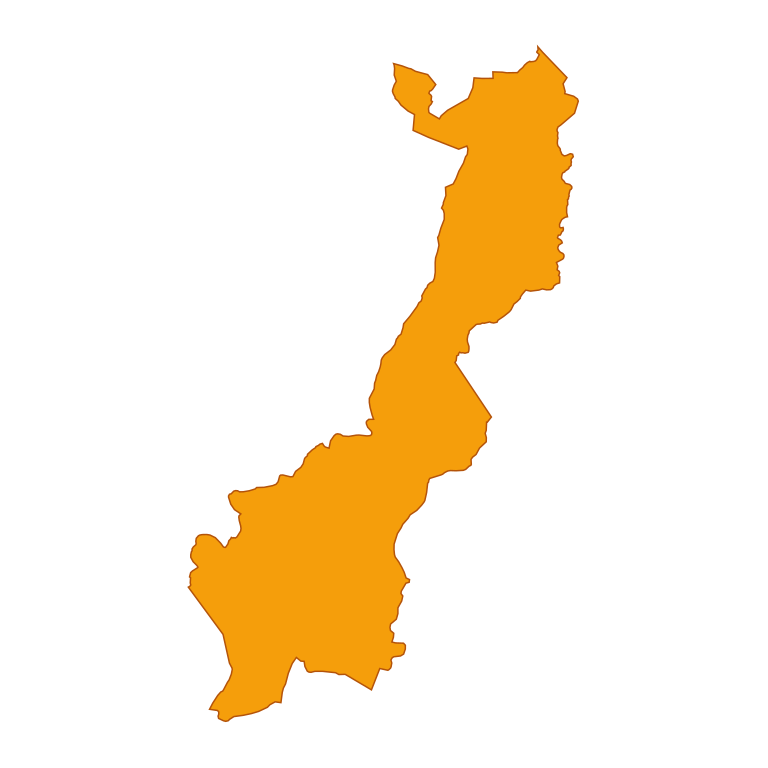 Yaonáhuac, Puebla, Mexico (Mercator projection), rotated 179°
{"feature_id": "50627088B21776838121102", "entity_name": "Yaonáhuac", "entity_type": "district", "adm_level": 2, "iso_a3": "MEX", "parent_name": "Mexico", "parent_adm1": "Puebla", "projection": "mercator", "projection_center": [-97.449, 19.915], "detail": "fine", "context": "isolated", "style": "filled", "palette": "amber", "viewbox_px": 768, "rotation_deg": 179, "n_neighbors": 0, "source": "geoboundaries", "source_scale": "gbopen_adm2", "svg_char_len": 6105}
<svg xmlns="http://www.w3.org/2000/svg" viewBox="0 0 768 768"><g transform="rotate(179 384 384)"><path d="M583.2,184.3L549.3,136.5L543.4,107.6L540.9,102.6L540.7,101.2L541.7,96.6L544.0,90.9L545.7,88.5L549.7,81.2L550.7,79.7L552.6,78.9L555.7,75.5L560.8,67.9L564.1,61.8L556.3,60.5L555.0,59.2L555.0,56.8L555.7,54.8L555.2,52.5L550.4,50.1L548.2,49.5L545.7,50.0L544.1,51.5L539.9,54.1L530.5,55.2L522.3,56.8L515.1,58.8L506.2,62.8L503.7,65.3L498.4,68.1L492.6,67.2L491.1,77.4L489.9,81.7L487.7,85.8L484.7,96.5L480.6,106.2L476.4,112.1L472.0,108.4L468.7,108.1L468.0,102.9L465.7,98.2L464.2,97.3L462.0,97.0L458.2,97.9L450.5,97.8L437.5,96.2L434.2,94.3L427.9,94.4L401.9,78.4L393.2,99.6L385.1,97.7L383.9,98.4L382.3,100.0L381.8,101.3L381.1,104.9L381.9,107.9L380.6,110.1L379.0,111.1L372.2,111.8L369.1,113.6L367.3,118.6L367.2,122.4L369.0,124.5L376.9,124.9L380.6,125.9L379.0,130.6L378.6,134.6L381.8,137.4L382.3,140.5L381.6,143.9L375.8,148.6L374.1,154.2L374.0,160.0L370.1,166.7L368.9,171.7L370.7,174.2L370.3,176.6L365.5,184.5L362.3,185.3L361.9,188.0L365.3,189.7L367.1,195.4L369.3,200.2L372.4,205.9L375.8,210.8L376.5,213.3L376.9,218.2L376.7,223.7L373.2,234.2L369.4,239.9L367.7,243.4L362.3,249.3L360.1,252.8L353.4,257.1L348.3,262.4L346.1,265.2L345.2,266.8L343.3,274.7L342.1,284.0L341.2,285.0L340.8,287.3L339.9,288.8L328.6,292.1L326.9,292.8L324.9,294.4L321.8,295.9L319.2,296.3L313.5,296.0L306.2,296.3L303.8,297.2L300.3,300.4L298.6,301.1L298.1,302.2L298.3,307.1L296.7,309.3L293.2,311.9L289.6,318.3L282.8,324.4L282.6,328.6L283.7,333.0L282.6,335.8L282.1,344.1L281.4,344.0L277.2,349.1L312.7,404.3L311.4,406.2L310.8,410.9L309.0,411.7L308.9,413.1L307.8,414.5L306.5,413.8L304.7,413.9L302.5,413.4L299.3,414.2L298.7,415.4L298.4,417.7L298.4,420.1L299.8,424.6L300.0,427.4L299.3,431.2L298.2,433.5L297.8,435.7L290.9,441.8L289.7,442.2L286.6,442.3L284.6,443.2L282.7,443.0L277.1,444.2L276.0,443.6L273.3,443.1L269.9,443.8L268.9,445.8L262.7,449.9L257.3,454.1L255.6,456.1L252.7,461.7L249.5,464.1L246.2,467.3L246.1,468.6L244.1,471.5L240.6,475.4L235.8,474.3L227.5,475.2L224.0,476.3L219.8,475.3L216.0,475.4L214.6,476.0L213.1,477.4L212.5,479.1L209.8,481.1L206.7,482.0L206.4,488.3L207.5,489.5L206.4,492.1L206.9,493.6L208.9,495.2L208.1,498.8L209.5,502.5L203.1,505.8L202.2,507.0L201.8,508.6L201.9,510.0L202.9,511.4L205.3,512.6L206.6,514.0L207.6,515.7L207.9,517.3L206.9,519.8L203.3,522.0L203.8,523.7L204.9,525.0L207.8,526.8L208.0,527.3L207.1,529.7L205.1,529.9L203.4,533.2L202.3,534.0L201.9,535.8L202.2,537.4L204.5,537.0L205.3,537.5L205.7,538.4L205.7,540.7L204.3,543.7L203.4,545.3L201.9,546.4L199.8,547.6L197.6,548.0L198.4,552.2L198.3,557.5L197.8,559.2L197.1,560.1L197.3,565.2L196.4,565.8L196.1,568.0L195.6,568.6L195.8,570.4L194.6,574.7L193.5,575.4L192.7,576.7L192.9,578.3L194.8,580.2L199.0,581.4L199.5,581.9L200.2,583.3L202.6,585.9L202.9,587.6L202.3,590.7L201.5,592.1L199.6,592.9L199.4,593.5L196.0,595.8L195.2,596.8L195.2,597.5L193.1,599.2L193.1,601.5L192.7,602.7L193.1,604.2L192.9,605.5L190.8,607.9L191.4,610.4L193.0,610.9L193.8,611.0L197.6,609.3L199.8,608.9L202.1,610.5L203.7,614.6L203.6,615.4L203.9,616.3L206.1,619.3L206.5,621.7L206.2,625.6L205.8,626.4L206.2,629.2L205.7,632.4L206.4,633.7L206.6,635.2L205.6,637.9L202.7,639.9L188.8,651.4L184.8,663.4L185.6,665.6L189.3,668.4L198.2,671.2L197.8,673.3L199.7,681.1L195.7,687.1L219.6,712.9L224.3,718.5L224.1,715.4L225.3,713.8L225.4,713.0L223.0,710.6L225.6,705.8L226.8,704.5L228.6,703.9L231.9,703.6L232.5,704.1L235.1,702.8L237.9,700.4L239.7,698.0L242.7,695.6L245.1,693.0L255.8,693.0L260.2,693.7L269.7,694.2L269.6,687.7L280.6,687.8L288.6,688.5L290.0,678.7L294.8,668.0L315.6,656.6L322.1,651.2L324.0,648.1L333.7,654.0L334.4,654.9L334.7,658.3L334.2,660.7L331.8,663.3L330.7,665.6L332.0,666.4L331.4,670.7L332.0,671.9L334.0,673.8L333.8,674.7L333.1,676.1L331.8,676.5L330.3,677.9L327.0,682.5L334.9,692.6L347.1,696.1L351.6,698.7L353.7,699.1L360.3,701.7L368.8,704.2L368.3,702.8L367.9,699.2L368.4,692.7L366.4,686.5L368.6,682.7L370.3,677.9L370.4,676.4L369.7,674.1L368.0,670.8L367.8,669.3L364.7,666.4L362.2,662.6L355.2,656.5L348.8,652.9L350.5,637.1L335.1,629.8L305.2,617.5L297.0,620.5L296.0,617.5L296.7,612.1L298.5,609.7L300.7,603.5L305.4,595.5L308.4,588.1L311.3,582.8L319.1,579.6L318.8,571.3L321.5,564.3L321.6,562.6L323.4,558.9L321.6,556.7L320.8,553.4L320.9,547.5L324.4,538.9L326.6,531.6L327.8,529.5L326.6,521.8L328.2,515.1L330.2,509.3L330.7,504.5L330.8,494.8L331.8,488.8L333.3,485.7L336.5,484.0L338.6,482.0L339.3,479.6L340.9,478.2L344.7,471.4L344.3,469.3L345.4,466.3L347.7,464.6L349.6,460.9L357.0,451.1L363.3,443.9L364.0,439.9L366.1,433.5L368.8,431.5L369.7,429.8L370.8,428.6L372.4,423.3L376.7,417.9L382.8,413.4L385.2,410.3L386.3,408.0L386.8,404.2L387.5,401.1L389.1,396.5L391.1,392.7L392.3,387.7L393.4,385.0L393.9,379.2L398.9,370.0L399.0,365.8L398.3,360.8L396.4,353.1L395.0,348.9L399.9,348.9L402.0,347.1L402.4,346.1L402.3,344.4L401.0,341.0L397.3,336.8L397.0,335.4L397.3,333.8L398.3,332.8L399.9,332.5L402.0,332.4L409.9,333.4L412.8,333.3L420.2,332.2L425.8,332.7L428.6,334.5L431.2,335.0L432.9,334.7L434.7,333.3L438.4,328.2L440.1,320.8L443.8,322.0L445.1,323.2L446.6,325.7L449.1,325.0L450.7,323.7L453.2,322.6L453.5,321.6L456.9,319.4L461.7,315.1L461.9,313.5L464.0,311.8L464.7,310.8L466.2,305.6L468.6,302.1L473.9,298.2L476.7,293.0L479.1,292.8L486.7,294.8L489.0,294.7L489.9,293.9L491.6,288.1L493.7,285.6L497.2,284.3L505.7,282.8L513.2,282.7L514.5,281.4L516.7,280.7L520.6,279.6L526.6,278.7L530.3,278.7L532.2,279.8L534.2,280.0L536.1,279.5L538.7,276.9L540.4,276.5L541.4,274.8L541.4,273.5L539.3,266.5L535.7,261.0L529.4,256.6L531.3,254.7L531.5,253.4L531.1,249.9L529.8,244.7L529.5,242.0L529.9,239.5L533.7,233.7L535.3,232.6L536.9,233.0L537.7,232.6L539.3,233.3L540.2,231.6L541.8,230.1L542.9,226.7L545.3,223.4L546.5,223.5L547.5,224.0L550.1,227.7L555.3,233.3L560.6,236.0L563.8,236.6L568.4,236.6L570.7,236.2L572.2,235.5L574.4,233.0L574.9,230.0L574.6,227.9L574.9,226.6L577.5,224.4L578.8,222.4L578.8,220.6L579.5,219.6L580.2,216.5L580.2,214.0L577.9,209.6L574.4,206.0L573.4,204.6L573.3,203.8L578.7,200.5L580.6,198.8L581.8,194.5L580.8,193.7L581.2,188.4L580.7,186.4L581.7,185.1L583.2,184.3Z" fill="#f59e0b" stroke="#b45309" stroke-width="1.5"/></g></svg>